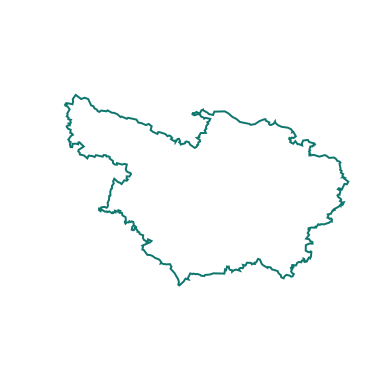 Joypurhat, Rajshahi, Bangladesh, rotated 108°
{"feature_id": "16705992B2288856744536", "entity_name": "Joypurhat", "entity_type": "district", "adm_level": 2, "iso_a3": "BGD", "parent_name": "Bangladesh", "parent_adm1": "Rajshahi", "projection": "equal_earth", "projection_center": [89.098, 25.063], "detail": "fine", "context": "isolated", "style": "outline", "palette": "teal", "viewbox_px": 384, "rotation_deg": 108, "n_neighbors": 0, "source": "geoboundaries", "source_scale": "gbopen_adm2", "svg_char_len": 6019}
<svg xmlns="http://www.w3.org/2000/svg" viewBox="0 0 384 384"><g transform="rotate(108 192 192)"><path d="M284.7,175.1L279.7,172.3L276.4,171.4L276.3,168.3L275.4,169.3L270.0,168.5L269.9,166.1L269.2,165.5L269.1,163.2L268.3,161.6L268.3,158.8L268.8,157.6L268.2,154.4L266.8,153.9L265.2,149.9L262.7,146.4L259.6,136.0L255.5,136.6L255.8,135.5L252.1,135.6L252.3,134.9L251.6,133.9L253.4,133.1L254.3,131.6L254.1,129.7L255.4,129.2L253.7,128.2L252.1,125.9L252.1,122.2L251.1,123.4L250.1,123.3L249.3,122.5L248.7,120.1L246.8,119.9L245.6,120.9L245.4,118.4L242.3,117.9L241.2,114.1L242.2,112.7L241.6,112.5L241.0,110.0L239.9,110.6L239.1,109.2L235.2,108.5L235.2,106.6L238.7,103.6L239.6,102.0L240.8,96.7L239.9,96.6L239.4,93.9L240.9,92.1L240.7,86.2L242.5,84.6L243.8,81.7L245.5,80.8L245.8,78.2L243.8,78.0L241.6,76.6L241.3,73.2L241.9,71.6L241.2,70.3L238.6,69.8L238.0,71.9L236.9,73.2L233.9,72.8L234.3,73.9L233.7,74.5L232.4,73.8L232.7,73.1L231.9,72.3L231.2,72.8L231.1,74.0L230.5,74.1L229.7,70.4L226.8,70.0L225.5,68.7L225.1,66.4L223.4,66.3L222.8,64.8L220.9,65.4L221.0,64.6L223.7,63.3L223.2,62.3L222.3,62.0L222.5,61.4L218.3,60.6L218.0,60.1L218.6,59.2L216.8,58.9L212.0,60.0L211.8,60.7L212.8,61.4L213.2,62.7L212.7,65.7L207.4,67.3L204.8,64.5L203.8,61.4L202.3,62.1L202.2,64.4L200.7,65.8L201.1,69.0L196.6,67.4L195.3,69.3L191.3,68.4L190.6,68.6L190.4,69.1L191.0,69.8L190.4,69.9L188.7,67.1L188.1,64.4L187.0,64.0L187.4,63.1L183.6,61.9L183.8,60.3L182.8,59.5L181.9,56.3L178.7,52.0L177.2,51.2L177.0,49.9L174.8,50.5L174.2,51.6L175.1,53.0L174.4,53.9L174.5,55.2L172.1,55.0L171.4,55.9L169.7,53.1L166.9,52.8L164.2,50.0L165.7,52.2L164.9,52.0L160.4,47.8L158.3,46.9L159.0,46.2L157.5,46.2L157.7,44.8L154.9,44.4L155.6,45.6L154.9,48.4L153.3,47.7L152.3,48.8L151.7,51.2L150.3,52.6L149.2,52.0L149.0,50.8L144.7,51.3L144.3,54.1L143.2,53.7L142.9,52.8L143.4,50.3L137.2,49.5L136.8,47.1L133.9,46.5L132.4,50.8L131.6,50.6L131.8,51.5L131.2,51.6L131.0,52.5L131.5,52.7L131.6,53.1L131.1,52.7L130.3,54.0L128.3,53.7L127.6,56.4L125.7,56.2L125.2,57.9L123.9,57.9L119.6,60.4L118.2,59.9L117.5,61.1L117.5,63.4L116.1,65.2L115.3,67.5L117.2,72.2L115.9,75.6L116.0,77.3L119.0,81.8L119.1,87.8L121.0,91.5L119.8,92.2L119.0,91.5L117.4,93.2L116.0,92.5L115.4,93.4L112.1,93.5L111.6,91.8L110.7,91.6L110.5,90.7L109.5,90.8L108.8,89.7L108.0,90.5L108.3,96.0L106.7,97.9L108.7,102.2L111.8,102.5L113.7,101.6L113.4,105.0L113.9,106.4L111.7,109.4L114.8,110.7L114.2,114.0L112.9,113.8L111.5,116.0L110.4,116.0L110.5,114.3L109.5,114.0L109.3,112.1L106.9,110.5L103.5,114.2L104.2,115.2L103.2,115.2L101.7,117.2L101.2,120.7L102.3,126.9L101.8,131.2L100.3,134.3L99.3,134.8L101.8,135.4L103.8,137.5L104.1,138.6L103.5,139.8L101.9,140.0L101.4,143.8L100.1,144.5L100.5,145.7L103.8,149.8L107.9,153.0L110.0,156.9L109.5,158.4L110.6,168.1L108.8,172.3L108.1,176.8L105.9,181.9L105.2,185.8L108.7,195.6L112.2,195.8L112.7,200.0L111.8,201.7L110.9,206.5L110.2,206.9L111.3,208.2L114.4,208.8L114.9,210.0L114.5,212.5L116.2,214.0L116.7,215.6L117.9,215.6L118.3,213.4L115.9,210.2L116.1,207.9L117.4,206.9L117.7,203.9L118.5,203.1L117.3,202.1L116.8,197.2L119.4,197.5L121.0,199.0L122.0,197.6L124.4,198.7L127.0,198.6L127.5,197.9L129.4,199.0L131.5,197.1L133.3,201.9L136.5,202.6L137.4,202.0L139.0,204.1L140.0,200.7L141.5,200.0L142.9,201.3L145.2,200.7L145.7,201.6L147.0,201.3L149.2,202.9L147.6,208.3L145.6,210.4L145.7,212.9L146.6,213.8L147.8,213.6L150.3,217.4L149.3,217.9L148.7,219.5L147.4,219.1L145.4,220.8L146.0,222.1L149.8,223.1L148.3,223.7L149.0,225.1L148.3,228.3L146.7,227.6L145.4,229.9L145.4,231.4L146.5,232.5L145.1,235.3L145.1,241.1L145.5,242.6L147.4,242.8L146.9,247.7L145.9,250.5L141.9,250.7L140.7,254.2L142.6,256.6L142.1,261.3L142.6,264.4L140.3,267.3L141.2,275.8L142.5,276.6L142.0,282.3L142.8,283.1L141.1,287.1L140.8,290.8L141.4,292.5L140.5,297.6L141.7,298.3L142.6,303.5L144.5,304.9L144.1,306.9L143.1,307.9L142.5,310.8L140.9,312.1L140.8,314.7L135.7,319.4L135.5,323.1L137.8,326.2L135.6,332.6L140.5,334.1L142.8,333.0L145.5,332.8L146.1,338.5L146.6,339.1L147.0,338.2L148.4,339.6L149.0,339.0L149.0,337.0L151.2,333.9L156.0,334.9L157.0,334.1L158.8,334.4L159.4,332.4L161.0,332.1L160.8,329.6L161.6,329.9L163.5,328.7L164.2,328.9L164.8,330.2L165.3,329.1L166.3,328.8L167.2,330.9L168.5,331.4L170.1,329.4L170.3,326.6L173.3,326.1L173.3,324.8L174.4,323.0L175.8,324.3L180.4,325.8L180.9,324.6L182.0,324.2L182.1,322.8L184.3,322.9L186.8,321.4L186.4,319.8L183.1,320.4L181.9,317.4L181.8,315.0L179.9,315.3L179.5,314.5L182.2,309.0L186.9,312.8L188.3,312.8L189.5,310.8L191.0,310.3L190.6,306.1L192.4,302.0L189.3,301.5L188.6,297.8L188.8,295.4L186.6,294.7L186.0,287.9L184.2,287.5L183.6,285.2L184.7,284.2L183.9,282.6L184.2,281.0L185.6,280.7L186.9,276.8L188.8,276.1L189.7,274.1L189.3,271.9L187.7,272.2L187.5,267.0L186.1,264.7L186.0,262.5L190.8,262.0L192.1,261.1L192.9,259.5L193.0,256.5L193.8,255.5L196.6,256.3L197.3,258.9L199.3,258.4L200.0,256.9L201.4,257.5L201.8,260.0L206.2,261.4L205.3,263.9L205.6,265.1L203.4,270.0L206.2,270.3L208.0,269.1L211.0,270.0L213.5,269.2L214.2,269.9L217.2,269.8L220.1,268.6L221.0,268.7L221.3,269.5L225.2,268.5L228.5,268.9L230.4,267.8L232.7,267.8L233.4,268.4L233.2,270.7L234.7,273.6L235.8,273.5L236.4,275.3L238.0,274.7L238.5,273.0L237.0,273.0L236.8,272.0L237.6,268.7L236.8,267.0L237.3,266.4L236.0,264.6L236.9,261.5L236.4,260.5L235.5,260.7L235.0,258.5L233.6,259.3L233.6,256.3L232.1,256.4L232.2,254.2L234.1,254.2L233.5,252.3L233.8,251.9L235.7,251.0L236.5,247.4L239.2,246.2L241.3,246.7L242.6,245.5L241.0,244.7L240.5,242.8L239.1,242.5L239.5,241.0L238.6,240.1L238.6,238.6L241.4,237.1L243.6,238.0L246.5,237.7L246.6,236.3L245.9,235.3L242.2,235.3L242.6,234.2L243.8,234.3L246.0,231.4L246.6,231.5L246.6,229.6L247.9,229.0L248.2,228.0L248.2,225.1L251.0,224.3L252.4,223.0L252.9,220.6L254.0,219.6L252.8,218.8L250.6,219.1L251.1,215.4L252.8,216.3L258.4,222.7L259.2,221.7L262.1,221.4L262.1,219.9L265.6,215.0L264.9,212.4L265.0,210.0L266.1,206.7L266.4,202.2L268.0,199.8L269.7,199.7L269.0,198.8L269.3,197.2L268.7,193.9L267.4,190.6L269.5,188.4L271.5,188.8L274.4,183.7L279.4,178.1L281.7,176.6L284.4,176.4L284.7,175.1Z" fill="none" stroke="#0f766e" stroke-width="2"/></g></svg>